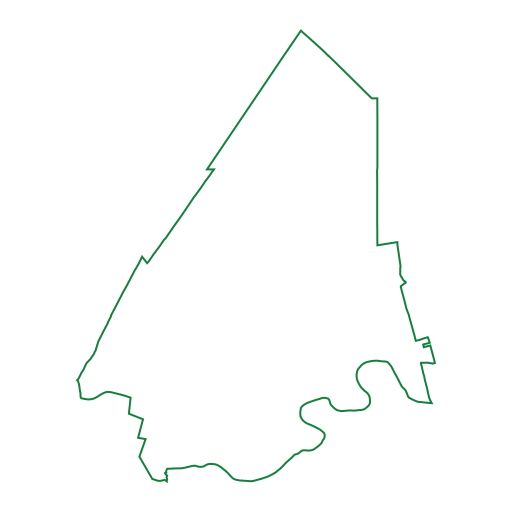 Valea Dragului, Giurgiu, Romania (orthographic projection)
{"feature_id": "2599482B96012240826898", "entity_name": "Valea Dragului", "entity_type": "district", "adm_level": 2, "iso_a3": "ROU", "parent_name": "Romania", "parent_adm1": "Giurgiu", "projection": "orthographic", "projection_center": [26.302, 44.213], "detail": "fine", "context": "isolated", "style": "outline", "palette": "green", "viewbox_px": 512, "rotation_deg": 0, "n_neighbors": 0, "source": "geoboundaries", "source_scale": "gbopen_adm2", "svg_char_len": 6004}
<svg xmlns="http://www.w3.org/2000/svg" viewBox="0 0 512 512"><path d="M431.7,403.2L430.0,399.9L428.9,397.1L428.8,396.3L428.2,393.6L427.7,391.6L427.8,391.3L427.6,390.8L427.2,388.7L426.6,386.6L425.3,381.5L424.4,377.8L424.3,376.5L424.1,376.0L423.8,375.1L423.1,372.6L421.6,365.9L421.2,364.5L420.9,363.5L420.9,362.9L421.0,362.8L427.9,362.7L432.8,363.6L434.9,363.0L434.0,359.3L430.3,345.5L423.8,347.2L423.2,344.5L429.7,342.8L429.3,341.2L428.5,339.1L427.7,337.2L426.7,337.5L422.6,338.8L419.0,340.1L415.8,340.8L415.6,340.2L414.9,337.2L414.5,335.6L413.9,333.5L413.7,332.9L412.9,329.8L411.0,323.1L410.0,319.6L409.1,316.2L408.9,315.2L408.6,314.3L407.9,312.6L406.3,308.2L405.7,305.7L403.8,298.3L401.8,291.0L401.0,287.7L400.9,287.5L400.8,287.1L400.8,286.9L400.9,286.5L401.0,286.1L401.3,285.9L403.0,284.6L403.5,284.2L404.1,283.6L405.0,283.2L405.5,282.9L405.7,282.7L405.7,282.3L405.7,282.1L405.5,281.8L405.3,281.6L405.1,281.4L404.8,281.3L404.1,280.9L403.6,280.5L402.8,279.3L402.4,278.4L402.0,277.7L401.4,277.0L400.8,276.0L400.3,274.7L400.2,274.3L400.2,273.7L400.3,271.6L400.2,270.0L400.3,268.2L400.3,267.6L400.5,266.7L400.5,266.1L400.4,265.5L400.2,263.9L397.4,244.6L397.4,244.2L397.5,243.7L397.3,242.8L397.3,242.1L377.4,245.3L377.3,239.4L377.3,231.2L377.2,222.9L377.2,206.8L377.2,198.4L377.2,181.4L377.1,170.5L377.2,169.4L377.4,167.3L377.4,139.8L377.4,118.3L377.3,100.9L377.3,98.3L372.6,98.4L371.8,98.3L371.6,98.2L371.4,98.0L337.8,64.8L331.1,58.3L329.1,56.4L328.7,55.9L328.5,56.0L327.0,54.5L323.6,51.1L321.7,49.3L317.0,45.1L313.0,41.5L309.4,38.2L306.1,35.3L305.9,35.2L300.9,30.7L282.0,58.3L274.0,70.2L207.0,169.4L214.0,169.4L213.6,170.0L213.1,170.4L209.1,176.3L205.1,181.5L204.0,183.3L202.6,185.3L201.0,187.7L194.3,196.8L194.2,196.8L191.1,201.4L185.3,210.0L183.4,212.8L182.0,214.9L174.5,225.4L168.5,234.1L166.0,237.7L165.9,237.9L165.6,238.3L164.2,239.6L159.1,247.0L155.7,251.5L153.8,254.0L149.9,259.7L148.9,261.2L147.1,263.2L142.1,256.7L139.0,263.1L137.0,266.6L136.3,267.9L134.9,270.1L132.6,274.5L131.1,277.3L129.8,280.1L129.5,280.5L128.6,282.1L127.2,285.0L123.4,291.6L117.4,303.3L111.2,315.0L111.0,316.2L110.6,317.1L108.4,321.4L107.7,323.2L102.8,332.6L99.3,339.6L98.4,341.3L96.0,349.1L95.5,350.8L94.9,351.6L94.5,352.4L94.1,353.6L93.6,354.4L92.7,355.7L91.9,356.7L91.2,357.9L90.5,359.0L88.7,360.8L87.4,362.2L86.7,363.0L86.4,363.5L84.6,367.1L84.0,368.6L83.5,369.6L82.6,371.1L81.5,372.6L81.2,373.2L79.6,376.6L78.8,378.2L78.1,379.3L77.7,379.7L77.1,380.2L77.7,380.7L78.0,381.1L78.8,383.5L79.4,386.5L79.6,388.5L79.9,390.2L80.0,391.4L80.3,392.3L80.5,393.5L80.5,394.4L80.5,395.6L80.6,396.6L80.7,397.3L80.9,397.7L81.0,398.0L81.6,398.3L82.6,398.5L83.9,398.8L84.6,398.9L86.3,399.2L88.1,399.4L89.0,399.4L91.4,399.2L93.7,398.6L95.4,397.8L96.9,397.0L99.9,395.1L101.6,394.0L104.0,392.9L105.5,392.3L106.9,392.0L107.8,391.9L109.0,391.9L110.1,392.1L111.6,392.3L124.2,395.5L125.8,396.0L130.6,397.7L128.9,413.7L143.0,419.3L138.1,437.8L145.6,439.1L139.4,456.7L152.4,479.1L153.8,479.4L155.5,480.0L157.4,480.7L159.9,480.9L161.2,480.7L161.9,480.5L162.6,480.4L163.7,480.2L164.4,480.0L164.7,479.9L165.0,480.1L165.5,480.5L165.9,480.8L166.4,481.0L166.8,481.3L166.8,480.5L167.1,479.3L167.1,478.9L166.9,478.5L166.6,477.7L166.6,477.2L167.2,475.9L167.2,475.6L166.5,475.2L166.4,475.0L166.1,474.7L165.8,474.3L165.3,473.7L165.0,473.3L165.0,473.1L165.1,472.9L165.3,472.9L165.8,472.9L166.1,472.8L166.3,472.7L166.2,472.3L166.0,472.1L166.0,471.9L166.5,470.2L166.9,469.1L167.3,468.8L178.4,468.3L181.1,468.3L183.7,468.0L192.4,465.9L193.5,465.8L195.1,465.7L196.9,466.3L198.8,466.7L200.8,466.9L203.8,466.4L204.7,465.8L206.4,464.8L208.1,464.2L210.0,463.9L212.8,464.0L215.6,464.4L217.5,465.1L220.3,466.7L225.7,471.0L227.7,472.9L230.8,476.3L232.4,477.9L234.3,479.2L236.5,479.8L239.8,480.5L242.6,480.6L243.9,480.8L246.0,480.8L247.4,481.0L248.5,481.1L250.3,481.2L252.6,481.1L256.1,480.2L260.9,478.9L264.7,477.7L268.4,476.3L272.4,474.3L275.6,472.4L278.2,470.3L280.4,468.5L283.7,465.2L285.1,463.6L286.8,462.0L287.7,461.2L289.0,460.0L290.4,458.9L293.3,456.0L294.4,454.9L295.3,454.4L296.3,454.2L297.2,453.9L298.4,453.4L299.3,452.8L300.6,451.6L301.8,450.8L303.2,450.3L305.6,450.3L306.9,450.5L308.0,450.5L309.7,450.5L311.6,450.2L312.9,449.8L314.0,449.2L314.7,448.7L317.3,446.9L319.0,445.5L320.9,443.7L321.7,442.8L322.9,440.1L323.3,439.5L323.6,439.2L324.1,438.6L324.3,437.9L324.6,437.0L324.7,435.9L324.6,434.3L324.2,433.2L323.6,432.6L320.6,430.0L319.6,429.3L315.0,426.9L311.3,425.2L306.5,423.2L305.5,422.6L303.2,420.7L301.6,418.7L300.5,416.4L300.3,414.0L300.3,411.5L300.7,409.6L300.9,408.0L301.6,406.9L303.4,405.2L305.7,403.8L307.4,402.9L310.7,401.7L315.6,400.0L318.9,399.1L322.2,398.0L323.6,397.9L325.4,397.9L326.0,398.0L326.8,398.2L327.5,398.5L328.0,398.6L328.6,399.1L328.8,399.3L329.2,400.0L329.7,401.4L330.2,403.3L330.5,404.1L330.9,404.7L331.9,405.9L332.8,406.8L334.4,408.3L335.4,409.1L336.7,409.9L337.2,410.2L338.1,410.4L340.5,411.0L341.8,411.1L343.1,411.0L347.6,410.6L350.3,410.4L353.3,410.6L354.9,410.6L358.1,410.2L360.9,410.0L362.9,409.7L364.3,409.1L365.4,408.4L366.3,407.8L367.5,406.7L368.5,405.7L369.1,404.9L369.8,403.5L369.9,403.0L370.1,401.5L370.0,400.6L369.9,399.4L369.8,398.3L369.5,396.9L369.0,395.5L368.5,394.6L367.4,393.2L367.0,392.7L366.2,392.0L365.3,391.4L364.0,390.4L361.6,387.9L360.7,386.7L359.8,385.3L358.9,383.8L358.2,382.3L357.4,380.5L356.9,378.8L356.7,377.3L356.6,374.5L356.9,372.1L357.1,371.5L357.8,369.8L358.3,368.9L361.1,365.6L362.3,364.5L363.4,363.7L364.5,363.1L366.0,362.4L367.9,361.8L369.8,361.4L372.0,361.0L373.8,360.8L376.1,360.7L377.0,360.7L377.9,360.8L382.5,361.4L383.6,361.4L385.1,361.5L386.1,361.6L387.1,361.9L388.0,362.5L388.9,363.4L391.0,366.1L392.0,367.7L394.7,373.1L396.9,376.9L401.2,385.4L402.4,387.2L403.5,388.3L404.2,388.8L405.1,389.8L405.6,390.5L406.1,391.4L406.3,392.0L407.2,394.2L407.7,395.4L408.0,396.4L408.9,397.6L409.1,397.6L409.3,397.8L410.3,398.4L411.8,399.2L413.7,400.1L414.9,400.6L416.9,401.5L417.3,401.6L418.8,401.9L421.5,402.1L423.8,402.4L426.8,402.7L431.7,403.2Z" fill="none" stroke="#15803d" stroke-width="2"/></svg>